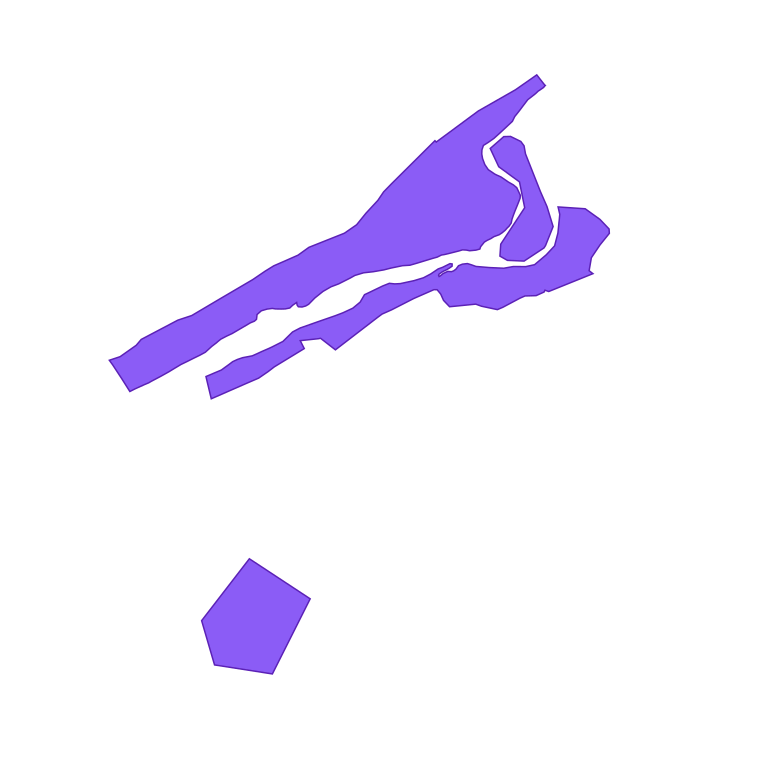 Daraw, Aswan, Egypt, rotated 65°
{"feature_id": "37247803B19070372883194", "entity_name": "Daraw", "entity_type": "district", "adm_level": 2, "iso_a3": "EGY", "parent_name": "Egypt", "parent_adm1": "Aswan", "projection": "robinson", "projection_center": [32.909, 24.391], "detail": "fine", "context": "isolated", "style": "filled", "palette": "violet", "viewbox_px": 768, "rotation_deg": 65, "n_neighbors": 0, "source": "geoboundaries", "source_scale": "gbopen_adm2", "svg_char_len": 3617}
<svg xmlns="http://www.w3.org/2000/svg" viewBox="0 0 768 768"><g transform="rotate(65 384 384)"><path d="M283.4,617.5L283.2,611.9L283.3,601.8L283.3,601.5L283.5,596.8L283.2,593.5L282.7,583.2L282.0,573.6L281.3,567.4L280.5,559.7L280.4,552.5L280.2,545.9L280.1,539.7L280.1,539.3L280.1,539.0L279.7,532.5L277.1,524.1L276.3,520.5L275.9,518.6L275.3,516.6L274.4,513.0L274.1,506.4L274.1,500.3L272.1,479.2L272.3,474.9L271.5,472.2L267.4,469.7L265.8,464.2L266.7,458.3L268.3,453.3L270.1,450.6L272.6,445.5L274.2,441.8L275.3,437.3L274.0,433.4L273.2,428.7L275.8,429.4L277.8,429.0L279.6,425.7L280.2,422.0L279.9,418.6L276.8,410.3L274.3,400.1L273.5,391.0L274.1,382.8L273.7,369.7L273.3,364.5L274.6,355.5L277.7,346.3L280.5,336.0L281.9,328.6L284.6,317.2L287.3,310.3L288.4,303.3L290.8,286.3L291.5,282.2L291.4,277.4L292.2,274.6L293.1,270.3L295.1,259.8L295.6,256.2L297.4,252.8L299.4,250.1L301.5,244.2L302.2,240.1L300.4,238.4L298.5,234.5L297.8,233.1L297.4,229.7L297.4,225.8L296.9,222.1L297.4,216.5L296.9,213.1L295.8,209.0L294.6,206.3L293.9,204.1L291.9,200.7L288.7,198.3L285.7,195.4L282.5,192.1L279.1,188.4L275.9,185.0L273.1,182.1L270.6,180.7L267.1,180.7L266.9,180.7L262.3,180.7L262.2,180.7L258.2,182.6L253.4,186.0L245.9,190.4L244.1,191.9L242.3,193.5L240.4,195.0L233.8,198.9L227.7,199.9L221.4,199.4L216.9,198.2L213.2,196.3L209.8,193.1L209.1,187.5L207.9,180.7L205.2,171.9L202.2,162.7L200.2,156.6L196.8,152.4L196.4,151.5L193.4,145.5L191.1,141.2L187.1,133.6L184.9,124.0L183.6,120.1L183.6,119.7L183.6,119.4L182.7,114.1L181.6,111.8L181.6,111.7L179.3,112.4L168.4,114.9L172.9,140.5L176.4,183.1L186.8,234.4L185.0,235.0L205.8,292.8L209.7,303.1L215.0,312.0L221.6,328.2L228.1,341.5L230.6,356.2L228.4,394.3L230.9,407.5L230.6,422.2L230.3,433.9L231.5,444.1L233.9,458.8L237.6,497.8L240.7,529.3L239.0,543.9L241.0,585.2L244.2,592.2L247.7,611.6L246.4,622.9L252.1,621.8L263.8,620.1L268.6,619.4L275.6,618.5L283.4,617.5ZM324.4,546.8L325.3,508.6L325.7,495.1L323.8,483.8L322.1,476.1L318.2,441.3L309.3,441.6L315.3,424.1L315.7,422.3L316.1,422.0L332.5,413.6L321.0,362.0L319.8,356.1L320.0,345.8L319.1,320.9L319.6,298.9L321.0,296.0L326.5,294.6L333.4,294.7L341.7,291.9L350.4,267.1L354.7,262.8L364.5,249.8L364.7,243.9L363.7,224.8L363.7,223.4L363.8,219.0L368.2,208.8L368.3,200.0L367.0,198.5L369.8,195.6L372.3,148.0L368.0,150.2L357.2,142.7L349.2,129.4L342.7,116.1L338.6,114.5L326.1,118.7L310.2,127.6L297.1,151.4L304.5,153.0L310.0,156.2L311.1,156.9L320.7,162.6L330.9,171.0L335.5,182.4L339.5,197.1L337.5,206.0L333.1,215.2L332.2,217.1L329.7,226.5L323.0,239.3L316.3,251.0L313.0,254.3L310.1,257.5L308.5,262.3L308.3,266.5L310.3,270.2L310.9,273.1L310.7,275.4L308.9,278.6L308.9,281.5L308.9,283.8L309.7,286.7L309.9,288.6L308.5,288.6L307.7,287.7L307.1,284.4L306.9,282.3L306.9,279.0L306.6,275.8L306.0,272.5L304.0,271.5L302.8,273.3L303.0,281.5L302.6,286.3L304.0,295.1L304.4,303.4L303.0,313.2L299.9,326.8L297.8,332.0L295.0,336.6L294.6,343.7L294.8,359.9L294.8,360.9L294.8,363.9L299.7,371.0L302.1,380.2L302.1,391.0L301.5,399.4L299.8,415.9L297.8,436.2L298.0,440.8L298.2,444.9L302.7,457.6L303.1,469.7L303.1,473.6L302.9,481.4L302.9,486.4L302.8,491.5L300.4,501.0L299.8,506.5L299.8,511.7L300.8,516.3L301.6,520.5L302.6,525.5L302.3,533.1L302.2,536.7L302.0,542.2L306.3,543.1L324.4,546.8ZM599.6,607.7L547.5,541.7L485.5,579.9L521.4,649.3L567.0,656.3L599.6,607.7ZM215.4,188.2L218.9,188.2L235.6,188.2L258.1,175.8L283.7,182.0L306.6,219.1L317.1,224.9L324.1,219.9L331.8,205.1L328.3,181.5L326.8,179.1L312.8,164.2L292.2,161.3L275.5,160.9L235.2,158.5L227.3,156.4L222.0,157.5L213.1,164.7L210.4,170.9L211.5,174.6L214.9,186.4L215.2,187.5L215.4,188.2Z" fill="#8b5cf6" stroke="#5b21b6" stroke-width="1.5"/></g></svg>